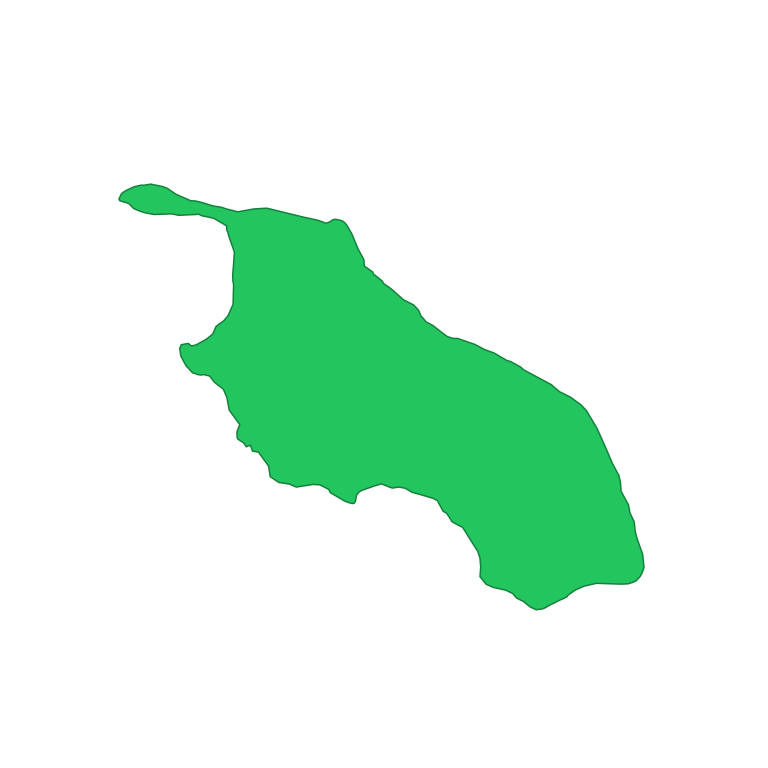 outline of Rota, Rota, Northern Mariana Islands, rotated 60°
{"feature_id": "39175420B64217482742742", "entity_name": "Rota", "entity_type": "district", "adm_level": 2, "iso_a3": "MNP", "parent_name": "Northern Mariana Islands", "parent_adm1": "Rota", "projection": "mercator", "projection_center": [145.199, 14.155], "detail": "fine", "context": "isolated", "style": "filled", "palette": "green", "viewbox_px": 768, "rotation_deg": 60, "n_neighbors": 0, "source": "geoboundaries", "source_scale": "gbopen_adm2", "svg_char_len": 3390}
<svg xmlns="http://www.w3.org/2000/svg" viewBox="0 0 768 768"><g transform="rotate(60 384 384)"><path d="M87.5,509.6L87.5,512.0L87.6,514.0L87.8,515.8L88.6,517.3L89.8,518.9L90.7,520.2L91.2,521.0L93.1,521.2L95.4,519.2L98.0,516.5L100.3,514.8L103.2,513.9L106.5,513.2L108.6,511.8L112.1,509.1L115.3,506.3L117.7,503.7L122.2,498.4L130.5,482.8L134.5,478.3L135.3,477.4L144.6,459.3L147.3,457.6L153.4,450.7L155.2,448.7L168.3,441.2L171.4,443.0L174.2,443.4L175.0,443.5L178.0,444.4L193.8,447.4L194.9,447.6L207.6,456.1L213.3,460.2L217.1,462.2L217.4,462.3L219.3,463.4L222.8,464.6L235.8,472.6L239.6,474.9L241.1,477.0L246.8,484.8L249.3,491.7L249.4,493.5L249.5,496.0L249.8,497.9L250.3,500.9L255.1,507.3L256.4,515.4L256.2,527.0L255.5,529.6L254.5,531.9L251.0,533.2L248.6,539.9L251.0,543.1L258.2,546.0L269.3,546.3L272.0,545.7L278.6,544.2L279.3,543.5L282.7,540.6L284.7,538.1L285.8,535.3L289.9,531.1L297.8,530.0L303.0,527.9L308.2,525.7L317.1,526.8L329.2,531.1L346.4,529.3L347.1,529.3L351.9,535.3L357.0,538.0L358.8,538.1L364.7,535.0L369.5,534.6L370.2,530.3L376.4,531.4L380.2,526.8L396.4,525.1L397.4,525.0L407.4,528.9L415.0,525.1L415.3,525.0L416.7,524.3L420.1,520.0L423.2,516.1L423.4,516.0L429.4,511.5L435.6,495.5L437.8,492.2L439.0,490.2L447.7,484.5L450.0,484.8L451.1,484.9L465.6,476.7L469.7,473.3L471.8,471.0L472.4,469.5L471.5,467.6L469.9,466.2L466.7,463.5L465.3,460.4L464.9,457.2L467.6,442.6L467.7,442.4L469.2,436.2L473.1,433.1L475.9,430.9L476.3,430.6L478.3,428.8L480.7,422.7L482.7,420.3L484.9,417.8L486.9,416.6L491.4,414.2L495.4,410.3L501.4,404.5L507.6,398.6L511.7,396.1L523.3,396.4L523.8,396.4L527.6,394.3L536.8,394.0L537.9,393.7L543.3,390.3L547.5,387.6L575.8,386.5L582.7,387.9L590.9,391.8L598.9,397.2L608.5,395.7L614.7,391.1L616.5,389.2L623.6,381.5L624.7,380.8L629.8,377.3L635.7,376.2L642.2,371.9L646.0,370.5L650.4,368.8L650.5,368.7L652.7,367.1L655.7,365.0L656.7,362.0L658.1,359.2L658.4,356.0L658.4,353.2L658.4,348.9L658.5,348.7L658.8,346.0L658.8,343.5L659.8,332.4L658.8,329.7L658.1,321.5L659.1,311.9L662.9,299.5L667.5,292.2L676.0,278.5L679.1,272.5L680.2,267.6L680.5,264.0L679.4,260.4L679.0,259.0L677.1,255.6L675.3,253.3L672.8,250.5L660.4,245.0L656.7,244.4L643.8,242.0L643.6,241.9L637.1,240.1L628.5,236.2L618.8,235.5L610.9,232.7L595.4,232.3L587.5,228.4L580.6,226.3L579.4,226.3L566.8,225.9L561.8,225.3L553.0,224.2L540.9,222.9L528.6,221.7L508.3,222.0L500.7,223.8L488.6,229.1L478.3,235.9L475.3,237.0L468.3,239.4L441.8,255.8L437.7,257.2L435.2,258.7L427.7,263.2L425.3,265.7L412.2,273.2L404.6,279.6L395.0,285.6L391.5,288.7L386.3,293.2L381.5,297.3L380.8,298.4L380.6,298.8L379.4,300.8L377.4,303.0L374.3,305.6L368.8,308.0L357.4,312.6L356.2,313.4L351.2,316.5L343.3,317.9L337.4,317.2L331.1,318.6L330.6,318.7L320.6,325.1L304.7,330.4L296.5,334.3L294.4,333.9L283.4,338.2L281.3,337.8L272.0,342.1L266.5,339.3L254.1,338.9L237.9,336.8L227.6,336.8L225.0,337.3L222.4,338.2L219.8,340.5L217.8,342.9L217.2,343.5L216.6,344.7L216.2,346.3L216.3,347.9L216.4,348.9L216.4,350.1L216.3,352.2L215.1,354.4L209.0,359.5L199.7,369.8L173.2,397.5L167.3,409.2L164.1,418.1L161.8,424.5L155.3,431.2L153.9,432.7L149.9,436.2L144.2,443.1L139.4,447.6L135.5,451.2L134.6,452.2L131.1,455.9L128.7,459.7L127.4,460.7L124.5,462.8L120.4,465.8L115.6,469.3L108.4,472.8L106.0,473.9L102.6,476.7L100.5,479.0L95.4,484.8L94.3,486.0L91.9,492.3L90.2,495.4L88.4,501.2L88.2,502.6L87.9,505.1L87.8,507.5L87.5,509.6Z" fill="#22c55e" stroke="#15803d" stroke-width="1.5"/></g></svg>